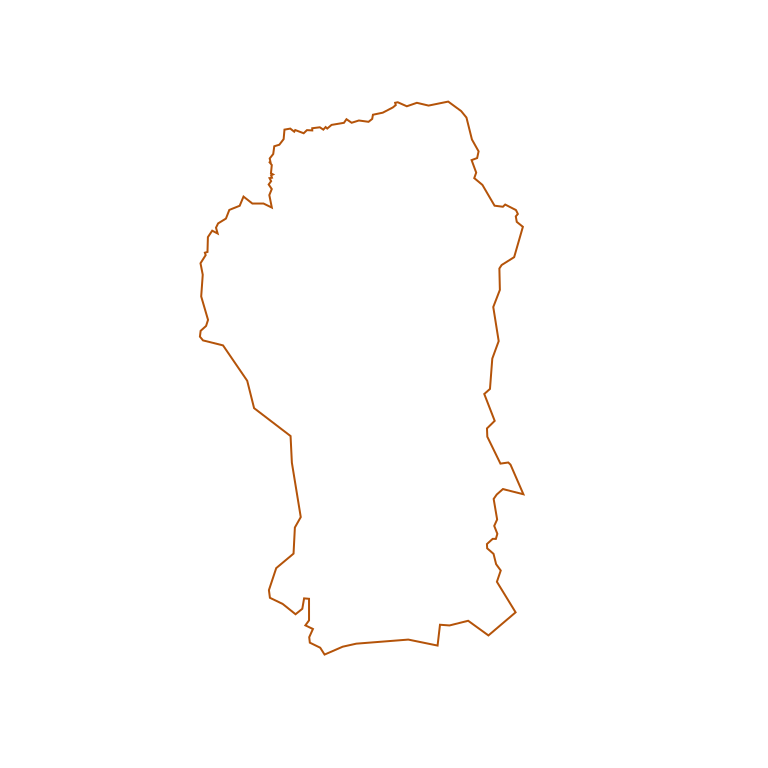 Ulaan uul, Hövsgöl, Mongolia, rotated 59°
{"feature_id": "93677404B26765322238100", "entity_name": "Ulaan uul", "entity_type": "district", "adm_level": 2, "iso_a3": "MNG", "parent_name": "Mongolia", "parent_adm1": "Hövsgöl", "projection": "robinson", "projection_center": [98.358, 50.878], "detail": "medium", "context": "isolated", "style": "outline", "palette": "amber", "viewbox_px": 768, "rotation_deg": 59, "n_neighbors": 0, "source": "geoboundaries", "source_scale": "gbopen_adm2", "svg_char_len": 1953}
<svg xmlns="http://www.w3.org/2000/svg" viewBox="0 0 768 768"><g transform="rotate(59 384 384)"><path d="M587.9,554.7L592.3,541.5L615.6,494.8L635.8,472.8L619.2,460.0L624.7,452.2L630.3,433.8L653.3,424.0L647.5,388.8L611.7,389.1L604.0,380.0L596.2,380.7L586.0,377.6L578.0,380.2L574.2,378.2L572.7,370.6L574.4,367.9L570.8,364.0L562.4,362.6L558.4,356.8L539.0,349.2L536.8,344.3L535.3,336.2L550.3,321.3L518.3,317.1L515.3,317.9L512.2,325.2L482.4,322.6L475.1,318.6L472.6,308.1L444.2,303.2L442.8,295.7L418.0,278.1L406.3,263.6L374.3,250.7L363.0,236.2L344.4,225.6L342.6,221.9L342.3,207.1L320.8,184.0L313.4,186.7L308.2,184.7L307.2,181.7L302.9,181.3L292.6,187.7L293.3,190.8L288.1,197.4L264.0,197.1L254.0,200.6L250.3,196.1L237.2,193.6L238.3,187.8L233.3,183.1L219.7,182.7L198.1,176.1L189.8,177.3L175.0,183.5L168.3,202.4L159.9,211.0L157.7,221.4L149.6,227.1L148.7,229.6L151.0,230.3L151.5,234.0L150.8,245.3L147.5,254.8L150.7,257.6L151.3,262.2L145.2,269.8L143.4,277.2L137.7,279.8L139.5,283.8L134.9,295.5L135.8,301.1L133.7,301.7L134.7,305.0L130.9,306.8L127.8,313.8L129.7,314.9L126.7,319.3L127.7,323.7L120.6,329.3L121.5,331.0L116.8,332.8L114.7,338.3L122.4,343.9L125.0,350.5L123.7,355.6L129.8,360.5L131.8,365.8L135.6,367.1L134.2,368.0L138.5,367.4L145.2,372.4L147.2,371.2L147.0,373.3L149.5,373.8L148.6,376.1L152.0,376.3L153.6,380.1L159.1,379.8L163.0,385.0L175.0,389.3L167.3,394.3L161.5,403.9L151.0,407.9L156.9,415.9L155.1,426.9L160.8,434.3L160.9,443.5L163.5,447.5L169.3,449.1L164.1,452.3L167.4,459.3L179.9,467.3L179.2,469.9L181.7,470.5L186.0,479.1L197.0,483.1L214.8,495.6L238.4,501.8L242.6,506.6L244.0,513.8L248.6,517.4L253.4,516.7L268.0,502.1L310.8,499.6L337.8,507.8L380.5,490.9L404.0,503.5L455.2,523.9L461.1,534.3L482.8,548.9L486.3,571.2L501.4,588.8L508.5,591.9L520.4,584.1L535.8,578.4L534.6,569.8L526.6,562.9L529.5,558.9L548.0,570.0L550.4,575.7L557.4,571.1L562.5,578.5L567.5,580.8L577.2,574.5L585.3,574.3L587.9,554.7Z" fill="none" stroke="#b45309" stroke-width="2"/></g></svg>